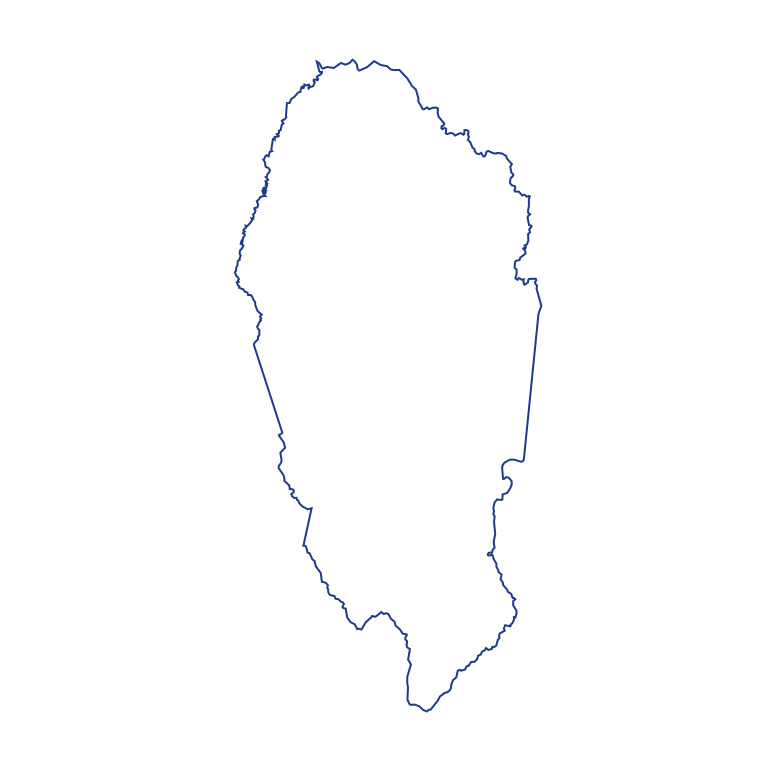 outline of Calobre, Veraguas, Panama, rotated 188°
{"feature_id": "35544464B72055613867107", "entity_name": "Calobre", "entity_type": "district", "adm_level": 2, "iso_a3": "PAN", "parent_name": "Panama", "parent_adm1": "Veraguas", "projection": "natural_earth1", "projection_center": [-80.825, 8.387], "detail": "fine", "context": "isolated", "style": "outline", "palette": "blue", "viewbox_px": 768, "rotation_deg": 188, "n_neighbors": 0, "source": "geoboundaries", "source_scale": "gbopen_adm2", "svg_char_len": 6147}
<svg xmlns="http://www.w3.org/2000/svg" viewBox="0 0 768 768"><g transform="rotate(188 384 384)"><path d="M547.2,474.0L545.4,470.5L543.7,469.6L542.3,467.7L543.1,466.1L542.1,465.0L544.0,464.1L542.2,461.4L540.8,460.6L541.0,459.2L536.2,458.0L534.9,456.2L531.9,455.5L531.0,453.2L528.4,453.6L526.6,452.2L525.5,449.8L522.9,447.0L522.6,444.5L519.3,438.6L514.7,435.7L515.7,434.9L516.1,433.2L514.7,431.8L515.5,430.2L514.8,429.6L516.4,427.2L516.7,424.9L517.7,423.3L516.4,421.0L514.9,420.1L514.3,414.8L515.4,413.5L515.0,410.9L518.2,406.3L518.2,404.4L477.9,321.6L479.0,320.1L480.8,319.1L480.9,318.4L475.0,312.0L473.1,307.1L477.1,301.6L474.7,294.0L475.1,291.5L476.8,288.1L476.7,286.1L471.0,279.9L469.3,276.1L469.3,274.3L463.7,270.4L462.7,266.9L459.7,267.0L458.5,265.9L458.4,264.4L460.5,262.0L459.2,259.9L457.0,258.7L454.8,259.1L454.3,257.5L452.7,256.6L451.3,254.2L448.0,251.5L442.0,249.3L438.4,250.9L441.3,212.6L439.8,212.8L438.5,212.0L436.2,206.4L434.1,206.0L430.5,200.3L428.2,199.2L426.2,194.0L420.3,188.0L418.0,179.5L414.2,179.1L411.6,177.0L411.8,174.2L410.8,173.0L410.2,170.0L408.3,167.6L403.5,167.1L402.1,164.6L399.3,164.6L396.7,162.6L394.1,161.8L393.1,160.7L394.1,157.4L393.1,156.4L390.7,156.3L388.0,147.7L383.8,143.4L379.5,142.0L376.5,137.6L375.9,138.1L372.1,137.8L368.9,145.6L364.4,150.7L363.6,152.6L360.0,152.3L354.9,157.8L352.3,156.2L349.9,157.3L347.7,156.8L344.4,152.5L340.4,150.0L339.0,146.5L333.9,143.0L330.8,139.5L326.7,139.1L326.5,138.3L327.5,136.2L327.4,134.1L325.3,132.4L325.3,128.7L324.5,126.5L321.4,125.1L321.8,114.5L318.3,110.1L320.2,97.1L319.3,90.8L318.0,86.8L316.9,75.0L314.6,70.9L313.0,70.0L309.1,70.8L304.3,69.8L300.0,66.7L296.0,65.7L294.4,67.5L292.5,68.0L286.4,78.4L285.2,82.2L280.8,86.7L278.3,87.6L276.2,90.0L275.4,92.2L275.5,95.8L274.4,100.4L271.6,103.6L271.0,110.5L268.7,111.6L267.7,110.8L263.9,112.6L263.3,115.2L262.0,116.6L261.1,116.5L258.9,121.0L256.0,121.3L253.5,124.3L253.1,127.9L250.4,129.7L249.8,132.6L247.2,134.2L246.2,136.7L243.7,135.2L240.4,136.6L240.2,138.7L238.3,138.9L236.4,140.6L235.7,146.2L234.3,148.8L235.0,150.5L234.7,153.0L230.1,156.5L231.3,158.6L230.5,161.9L225.1,161.7L225.1,163.3L223.7,164.8L222.5,168.4L222.9,171.2L221.5,171.0L220.8,175.0L221.2,177.8L225.3,182.9L225.8,187.1L224.0,189.0L225.1,190.0L226.8,190.0L228.8,193.9L232.5,195.5L233.0,197.1L238.1,201.6L238.6,203.8L241.4,206.9L241.0,211.5L244.6,214.0L245.0,215.7L247.1,218.3L247.8,221.9L250.6,225.3L252.8,229.7L253.7,230.1L254.9,229.0L257.0,228.8L257.6,229.7L256.8,231.4L253.5,232.3L253.2,235.2L251.7,237.3L253.4,242.7L253.0,250.9L255.9,262.9L256.0,268.3L257.6,270.4L257.3,273.5L258.5,275.9L258.0,282.0L256.0,285.4L251.8,285.5L250.7,286.1L251.2,291.2L247.0,293.2L244.5,298.1L243.5,302.8L244.3,305.8L247.5,308.6L250.0,308.8L252.1,306.6L252.9,306.6L255.3,317.1L255.3,319.8L253.9,322.7L249.1,326.5L244.8,327.2L237.5,326.1L235.8,326.8L235.0,328.4L240.8,475.3L239.0,483.2L246.2,499.6L246.1,502.3L248.4,505.0L248.6,506.4L247.6,507.7L248.4,509.4L255.0,508.2L255.6,507.4L255.5,504.7L258.5,501.9L259.3,502.4L260.3,505.5L260.1,507.1L262.2,506.4L265.3,507.8L266.3,505.8L268.6,506.9L268.0,511.3L268.6,515.9L270.9,517.4L271.2,523.0L270.6,524.2L267.0,525.6L266.7,528.1L262.0,532.8L262.7,535.5L265.0,537.4L264.3,538.3L263.2,537.7L262.6,538.3L262.7,539.7L263.9,540.9L261.9,542.1L261.0,546.1L262.2,552.5L260.5,554.5L261.7,557.3L259.8,560.5L260.6,561.4L262.5,561.5L265.0,568.8L264.8,570.1L262.9,572.4L265.0,573.5L265.5,575.2L265.3,580.2L266.3,587.6L265.7,590.0L266.7,590.4L268.6,589.4L271.2,591.0L273.5,590.0L277.1,593.2L281.0,592.9L281.9,594.1L281.2,596.6L281.8,598.1L285.1,598.6L286.9,600.2L287.4,601.4L287.2,605.7L285.3,607.7L285.1,609.5L287.4,611.2L289.2,616.7L288.0,619.5L293.8,624.6L294.6,626.7L299.2,628.7L303.8,628.7L304.9,627.8L308.1,627.8L313.0,629.3L314.7,628.4L315.5,624.1L316.4,623.2L317.4,623.3L320.0,626.4L321.6,624.9L324.1,625.0L326.5,627.1L326.9,629.0L329.4,630.6L332.1,635.3L334.9,637.4L334.3,640.5L335.7,643.0L335.3,645.5L335.9,646.5L338.5,647.0L339.7,646.5L339.3,642.9L339.9,641.9L342.4,643.0L343.9,642.8L348.3,639.9L350.0,641.5L352.4,642.0L356.2,640.3L357.7,640.7L357.9,645.1L359.5,646.1L361.7,644.5L362.7,645.0L362.8,647.4L361.2,648.3L360.5,650.2L367.2,656.4L368.7,660.3L368.9,664.4L370.4,664.9L373.8,664.5L377.6,662.4L379.8,663.9L382.7,661.6L383.9,661.6L389.4,668.7L389.6,671.6L393.4,680.0L397.8,683.1L403.6,690.1L412.5,697.1L418.0,696.2L421.5,696.5L425.1,699.2L431.6,699.4L438.7,702.3L444.8,695.4L452.0,690.9L453.9,692.1L455.2,696.4L458.1,699.5L460.3,700.7L462.8,697.1L466.5,694.9L471.4,695.9L477.6,690.0L484.4,690.0L488.6,687.8L489.9,688.7L492.7,692.7L495.4,693.9L491.6,684.8L490.9,684.1L488.9,684.4L488.7,683.5L489.9,681.6L493.1,679.2L493.1,678.3L491.6,676.8L492.1,675.6L494.7,676.0L496.0,675.3L496.0,674.5L494.5,673.2L495.7,669.0L498.8,667.6L499.8,666.2L500.1,666.9L499.3,668.9L500.0,669.9L502.6,668.8L504.5,669.5L504.7,666.0L505.4,665.8L506.2,667.1L507.2,666.2L507.5,661.6L509.6,660.7L512.8,655.7L515.5,653.3L516.6,649.2L519.2,648.6L518.4,635.7L517.8,634.6L519.5,631.9L520.8,631.6L521.8,630.4L519.8,628.0L521.3,626.6L521.7,621.0L523.3,620.2L522.9,617.9L524.9,616.5L522.7,615.1L522.9,614.4L526.6,613.5L526.2,610.9L527.2,611.7L528.1,611.1L528.2,600.5L527.1,599.0L529.5,598.0L530.0,593.4L532.3,594.2L533.5,592.5L533.7,590.5L534.8,589.4L532.8,587.1L531.5,582.8L528.4,581.7L526.6,579.8L527.4,577.1L528.6,575.9L528.8,573.3L529.9,572.5L527.2,570.0L529.5,568.2L527.8,566.6L528.9,566.2L528.8,565.0L528.1,565.5L527.4,564.7L528.1,560.9L528.7,560.3L529.6,561.9L530.5,561.5L530.8,560.8L530.2,559.9L531.3,558.5L530.3,556.2L529.6,557.0L529.8,558.8L527.9,558.7L528.8,557.8L527.8,556.8L528.9,554.6L527.7,553.6L529.6,553.4L532.8,551.7L533.5,549.4L535.4,547.3L533.5,543.9L534.0,541.2L536.8,540.1L536.8,539.2L535.3,537.8L535.8,535.2L537.3,533.7L536.6,532.6L536.4,529.6L538.3,529.7L537.3,528.2L539.0,524.6L541.7,521.1L543.1,521.5L542.5,519.5L544.5,517.3L544.5,516.2L543.1,515.5L544.6,513.6L542.8,512.8L542.7,510.9L543.9,509.4L544.0,504.1L545.1,505.5L545.5,503.0L542.6,501.6L543.3,498.9L545.2,496.0L545.0,492.7L543.7,491.1L544.6,487.9L544.1,487.0L545.9,485.5L545.7,480.6L546.4,479.1L546.4,475.4L547.2,474.0Z" fill="none" stroke="#1e3a8a" stroke-width="2"/></g></svg>